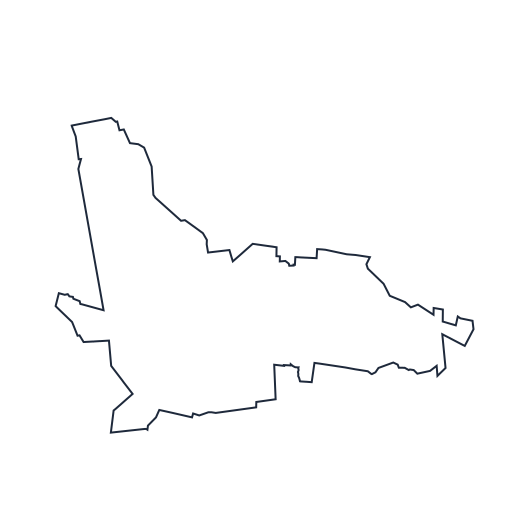 Bacerac, Sonora, Mexico (Natural Earth projection), rotated 172°
{"feature_id": "50627088B98976467166083", "entity_name": "Bacerac", "entity_type": "district", "adm_level": 2, "iso_a3": "MEX", "parent_name": "Mexico", "parent_adm1": "Sonora", "projection": "natural_earth1", "projection_center": [-108.843, 30.254], "detail": "fine", "context": "isolated", "style": "outline", "palette": "slate", "viewbox_px": 512, "rotation_deg": 172, "n_neighbors": 0, "source": "geoboundaries", "source_scale": "gbopen_adm2", "svg_char_len": 2524}
<svg xmlns="http://www.w3.org/2000/svg" viewBox="0 0 512 512"><g transform="rotate(172 256 256)"><path d="M416.2,269.1L415.2,243.1L414.5,223.5L435.1,232.4L436.6,232.9L436.9,235.8L442.1,238.7L442.8,239.1L443.0,241.0L444.1,241.3L446.4,242.0L446.5,242.2L447.7,244.4L448.6,244.4L448.8,244.3L449.4,244.3L450.8,244.2L456.4,246.6L461.4,234.3L461.2,234.0L460.3,232.8L447.3,216.2L446.3,212.2L443.8,201.9L441.8,202.0L438.7,194.8L432.7,194.3L431.4,194.2L430.3,194.1L428.7,193.9L428.1,193.9L423.1,193.5L422.3,193.4L413.4,192.7L414.7,167.4L414.4,166.8L406.0,151.9L404.5,149.1L397.4,136.6L416.2,124.2L418.5,122.8L424.3,101.3L392.2,100.3L390.0,100.2L389.3,100.1L388.5,99.8L387.7,99.1L386.6,103.1L381.4,107.1L377.5,110.1L373.2,117.0L360.6,112.3L341.8,105.1L340.2,108.8L334.4,106.0L324.8,107.9L322.0,107.5L317.7,106.2L276.9,106.1L276.0,111.4L257.6,111.4L256.5,111.4L253.1,145.8L243.5,143.3L243.5,144.1L237.0,142.8L236.7,144.0L234.8,141.9L233.4,140.9L232.6,140.4L229.7,139.8L229.4,139.8L229.6,139.2L229.8,138.8L229.7,138.2L229.7,137.1L230.3,135.8L230.4,135.7L230.6,135.3L230.5,134.4L230.5,133.9L230.5,133.4L230.7,132.2L230.9,131.4L230.8,130.7L230.4,129.9L230.3,129.2L230.2,128.6L230.1,127.9L230.0,127.3L230.0,126.8L229.9,126.6L229.9,125.8L229.8,125.7L224.0,124.5L223.9,124.5L218.4,123.3L215.9,132.0L213.0,142.0L207.7,140.5L183.1,133.2L173.2,129.9L161.3,126.3L158.4,123.3L157.7,122.9L153.9,124.2L150.3,128.1L134.9,131.4L130.8,128.7L130.1,125.5L124.3,124.6L120.6,121.8L119.4,122.2L115.7,121.1L112.6,117.0L111.6,117.1L99.6,118.0L92.4,122.1L93.0,112.0L90.2,114.1L83.9,118.7L82.4,152.6L61.8,137.9L50.8,153.2L50.6,161.7L62.2,165.8L64.6,168.0L67.8,159.5L80.2,165.1L78.4,177.0L87.3,179.8L88.4,173.1L102.4,185.3L109.8,183.6L114.8,189.6L123.8,194.9L129.1,198.0L133.5,210.7L147.0,227.9L147.8,232.5L143.4,239.0L157.1,243.1L166.0,245.1L186.3,252.5L189.6,253.3L194.5,254.3L196.3,245.4L212.0,248.4L215.3,249.1L216.3,249.3L217.2,249.4L218.0,245.4L218.7,241.9L220.0,242.2L220.1,241.3L223.0,241.6L224.4,241.7L224.6,243.9L227.6,247.0L233.2,247.3L232.4,252.3L235.8,253.0L234.4,261.8L257.6,268.5L272.2,258.8L279.7,253.9L280.5,258.8L281.5,265.6L303.0,266.1L303.2,274.5L302.4,278.7L305.4,286.0L317.4,297.6L321.4,301.4L325.3,301.3L347.4,327.5L349.1,330.8L346.9,359.1L351.7,378.9L357.0,383.1L365.1,385.3L369.3,399.7L373.7,399.5L374.7,408.5L376.2,408.4L380.1,412.9L386.7,412.5L399.8,411.9L420.4,410.8L420.4,410.7L418.9,403.9L417.9,399.5L417.9,399.3L418.1,376.5L415.8,376.4L418.1,371.0L419.8,366.9L416.2,269.1Z" fill="none" stroke="#1e293b" stroke-width="2"/></g></svg>